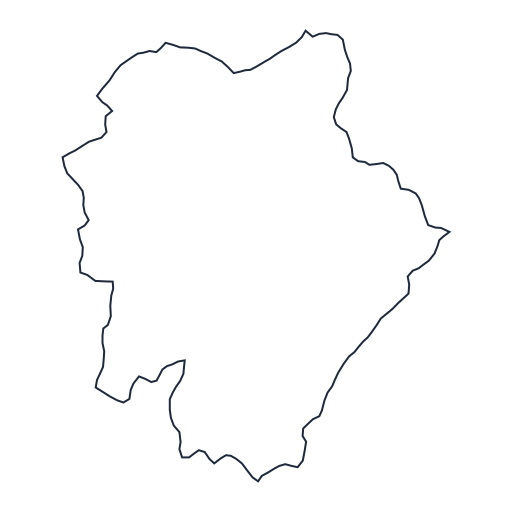 the district of Cristina, Minas Gerais, Brazil
{"feature_id": "56859067B21860273941917", "entity_name": "Cristina", "entity_type": "district", "adm_level": 2, "iso_a3": "BRA", "parent_name": "Brazil", "parent_adm1": "Minas Gerais", "projection": "equal_earth", "projection_center": [-45.291, -22.212], "detail": "fine", "context": "isolated", "style": "outline", "palette": "slate", "viewbox_px": 512, "rotation_deg": 0, "n_neighbors": 0, "source": "geoboundaries", "source_scale": "gbopen_adm2", "svg_char_len": 2606}
<svg xmlns="http://www.w3.org/2000/svg" viewBox="0 0 512 512"><path d="M305.6,30.7L301.8,37.1L296.1,42.7L289.1,47.0L281.6,50.9L274.7,55.3L269.8,58.8L263.5,62.4L256.3,66.7L250.2,69.9L245.3,70.2L240.0,71.7L233.7,73.1L228.3,67.4L221.9,61.6L214.5,57.7L207.3,53.5L200.7,51.0L195.2,48.5L188.2,47.7L180.2,47.4L173.1,44.9L165.6,42.8L160.5,48.4L156.3,52.1L149.6,51.0L143.0,52.8L137.9,53.5L131.8,57.4L125.7,61.6L120.6,65.2L115.2,71.6L109.4,80.5L102.3,88.7L97.0,95.9L102.3,102.1L107.2,105.5L112.1,111.0L105.7,116.2L105.2,124.6L106.5,132.0L101.4,137.7L95.1,139.7L89.0,141.7L82.3,145.9L75.4,150.4L69.3,153.4L62.6,157.3L64.4,166.2L67.3,173.4L72.4,178.8L78.3,185.1L82.6,191.2L83.8,198.0L83.3,205.1L84.7,212.6L88.7,220.1L84.7,225.5L78.0,229.4L79.9,239.3L82.8,247.2L82.3,255.8L79.6,262.9L80.4,272.5L87.4,275.0L95.3,280.9L104.9,281.4L112.7,281.6L113.2,288.6L111.3,295.5L110.3,305.7L110.8,316.2L107.9,324.9L103.3,328.5L102.5,335.6L102.5,343.1L104.2,351.3L103.7,359.3L103.0,367.0L99.9,373.8L97.0,380.0L95.7,387.5L102.3,391.6L109.8,396.4L117.2,400.3L123.4,402.5L129.4,398.9L130.7,390.0L133.4,383.6L139.0,376.4L145.3,378.9L151.2,382.0L156.5,380.7L159.5,375.2L162.4,369.5L167.0,366.1L172.0,364.5L178.1,361.5L184.7,360.4L184.0,367.2L183.4,373.8L180.2,380.9L176.0,386.8L173.0,392.1L169.8,399.1L169.8,409.8L170.9,417.8L173.8,425.6L179.4,432.1L180.6,442.1L179.4,449.2L182.1,457.4L189.1,457.4L193.7,453.8L198.8,450.2L204.7,452.0L209.5,459.0L214.2,463.4L220.7,458.4L226.0,455.2L230.8,455.8L236.1,458.8L241.9,463.4L247.0,470.2L252.6,477.4L258.1,481.3L261.8,475.9L267.7,472.7L274.0,468.8L279.1,466.0L285.2,464.2L292.0,466.0L297.6,467.2L302.8,460.6L304.7,450.6L306.1,441.7L302.6,436.0L303.2,428.5L307.6,424.2L312.9,419.2L319.3,416.2L321.9,410.5L324.4,400.7L327.6,392.5L332.1,386.4L334.8,380.0L338.2,372.7L343.8,363.6L349.2,356.3L354.5,352.0L358.7,346.7L363.2,341.5L367.7,337.4L371.5,332.4L376.5,325.3L380.8,318.5L386.1,314.2L392.5,308.9L398.0,303.2L402.3,299.3L408.5,293.6L409.2,284.6L407.7,276.5L412.7,270.7L418.8,268.2L423.3,264.7L428.7,260.8L434.5,253.6L437.5,246.2L439.3,240.1L443.3,236.5L449.4,231.9L440.9,227.9L435.5,227.6L428.2,225.1L424.7,215.8L421.8,205.2L419.1,198.3L415.7,193.4L408.7,189.8L400.8,188.7L398.3,181.2L396.8,174.8L393.4,169.8L389.0,165.9L383.2,163.0L376.0,164.1L369.4,164.8L364.9,162.0L358.1,161.2L352.8,157.4L351.8,148.4L349.1,138.8L346.5,132.0L340.9,128.3L336.2,124.4L333.8,117.1L335.8,109.4L338.9,103.2L342.5,98.0L347.0,90.0L348.1,78.1L350.8,70.9L350.0,63.4L347.4,57.4L344.9,49.9L342.8,39.6L337.5,34.9L331.4,34.2L326.0,33.1L319.2,33.9L312.7,36.7L305.6,30.7Z" fill="none" stroke="#1e293b" stroke-width="2"/></svg>